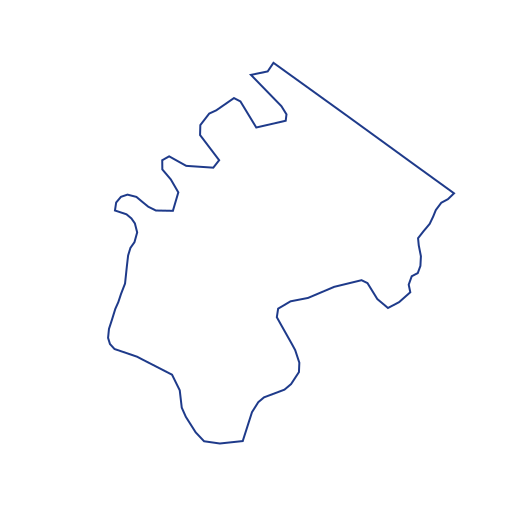 Nova Roma do Sul, Rio Grande do Sul, Brazil, rotated 40°
{"feature_id": "56859067B38102631450434", "entity_name": "Nova Roma do Sul", "entity_type": "district", "adm_level": 2, "iso_a3": "BRA", "parent_name": "Brazil", "parent_adm1": "Rio Grande do Sul", "projection": "mercator", "projection_center": [-51.414, -28.994], "detail": "fine", "context": "isolated", "style": "outline", "palette": "blue", "viewbox_px": 512, "rotation_deg": 40, "n_neighbors": 0, "source": "geoboundaries", "source_scale": "gbopen_adm2", "svg_char_len": 1298}
<svg xmlns="http://www.w3.org/2000/svg" viewBox="0 0 512 512"><g transform="rotate(40 256 256)"><path d="M145.2,96.8L146.3,107.1L135.7,120.5L179.2,124.9L188.3,127.9L191.8,133.3L173.6,157.4L144.7,147.6L137.6,149.2L131.9,170.0L128.6,177.0L129.2,191.5L135.4,199.3L166.2,206.3L166.5,215.8L144.6,231.8L125.4,235.5L122.6,242.9L128.6,249.9L141.5,252.1L155.6,257.2L163.3,274.8L150.1,285.5L141.8,287.5L133.5,287.6L126.4,287.6L118.1,291.6L114.5,297.5L114.5,304.9L118.7,311.8L130.0,307.3L136.4,307.3L142.3,308.9L149.8,314.3L154.0,323.5L154.6,330.5L157.7,337.8L163.3,346.3L173.4,361.3L176.9,371.6L180.2,379.9L182.2,386.9L186.7,397.6L190.2,406.3L195.3,413.8L200.7,417.3L207.4,418.2L229.6,409.6L236.0,408.2L268.0,400.9L283.9,407.9L296.6,419.9L305.6,424.3L323.2,429.9L335.3,431.3L348.8,422.9L364.8,406.3L353.3,378.2L351.7,366.5L353.0,359.1L363.7,340.1L365.2,331.6L363.5,317.3L357.8,309.9L346.5,302.9L340.4,300.5L318.9,292.4L311.3,289.5L306.8,282.1L311.6,268.5L322.8,254.7L335.7,229.4L352.4,206.7L358.8,205.1L376.6,211.0L390.5,211.0L395.3,199.3L397.5,184.6L391.4,179.8L388.3,171.4L390.9,165.1L388.3,157.9L382.5,150.2L373.8,143.2L368.7,138.2L368.4,129.3L368.4,119.8L366.4,112.0L364.2,105.2L363.7,96.1L366.5,89.1L367.4,80.7L316.1,84.4L233.8,90.2L145.2,96.8Z" fill="none" stroke="#1e3a8a" stroke-width="2"/></g></svg>